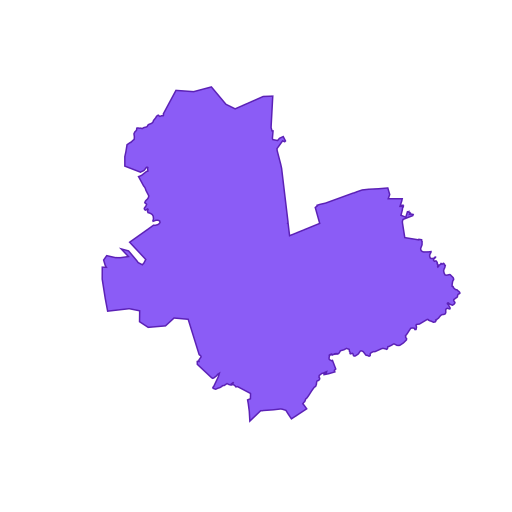 Chicomuselo, Chiapas, Mexico, rotated 45°
{"feature_id": "50627088B18917437048636", "entity_name": "Chicomuselo", "entity_type": "district", "adm_level": 2, "iso_a3": "MEX", "parent_name": "Mexico", "parent_adm1": "Chiapas", "projection": "robinson", "projection_center": [-92.321, 15.794], "detail": "fine", "context": "isolated", "style": "filled", "palette": "violet", "viewbox_px": 512, "rotation_deg": 45, "n_neighbors": 0, "source": "geoboundaries", "source_scale": "gbopen_adm2", "svg_char_len": 6132}
<svg xmlns="http://www.w3.org/2000/svg" viewBox="0 0 512 512"><g transform="rotate(45 256 256)"><path d="M430.3,156.6L430.5,156.2L430.0,155.5L426.4,154.4L425.3,154.5L424.8,154.2L424.7,153.9L424.8,153.5L425.0,153.2L427.2,153.0L429.7,151.9L430.1,150.2L429.9,148.7L429.4,148.1L428.5,148.1L427.1,147.6L426.6,146.8L426.9,146.1L426.9,144.7L427.2,144.0L427.3,143.3L427.3,142.5L426.5,141.4L426.0,140.3L426.1,139.6L426.5,138.8L426.5,138.2L425.8,137.7L424.4,137.6L423.7,137.8L422.0,137.8L420.9,138.6L420.2,138.7L418.2,138.8L417.1,138.3L416.8,138.3L416.6,138.6L416.0,138.7L414.8,137.4L413.2,135.2L412.6,134.0L412.5,133.0L411.5,132.2L410.7,131.9L406.6,131.9L406.1,132.1L404.4,134.8L403.1,135.7L401.2,135.1L399.1,133.8L398.0,131.8L397.8,130.9L396.5,128.8L395.8,129.1L395.3,128.9L395.1,128.6L394.0,128.5L393.6,128.7L393.5,129.9L393.2,130.2L393.0,130.4L392.3,130.3L392.1,130.4L392.4,131.6L391.8,133.5L392.0,134.0L392.5,134.3L392.4,135.2L391.6,134.8L391.1,133.7L390.4,133.3L389.8,133.5L388.8,132.5L388.1,132.3L387.0,132.1L386.6,132.3L385.9,133.6L384.3,133.4L383.9,132.4L383.9,130.0L383.7,129.8L383.4,130.1L383.4,131.3L383.2,132.2L381.9,133.6L381.4,134.0L380.7,134.2L379.7,133.8L378.9,133.3L378.0,132.4L377.0,129.5L376.6,129.1L375.2,131.0L371.6,134.7L370.2,135.3L369.1,135.4L368.0,135.0L367.0,134.1L365.5,130.7L363.1,128.2L362.4,128.2L361.6,127.4L359.4,129.0L359.7,129.5L348.2,137.8L336.1,129.0L335.1,128.1L334.1,126.2L338.3,116.6L337.8,115.5L335.8,116.8L335.1,117.8L335.0,117.4L335.3,117.2L334.8,116.5L333.7,116.9L333.6,116.6L332.8,116.9L332.7,116.8L332.7,117.0L331.8,117.6L334.5,122.7L329.7,124.7L327.0,120.1L325.0,117.5L325.4,117.1L324.9,116.5L324.6,116.9L324.0,116.2L322.9,117.5L323.6,118.2L322.7,119.1L320.2,114.1L318.9,112.1L309.0,122.0L307.1,118.0L301.1,114.7L295.1,121.8L288.5,129.1L284.4,134.2L281.6,139.9L281.6,140.3L281.1,141.0L281.0,141.6L280.1,143.0L267.8,169.4L264.7,174.3L263.3,177.0L263.9,177.5L263.6,179.8L278.0,187.9L265.4,217.9L255.2,209.9L255.1,210.1L254.8,209.5L212.1,175.9L208.5,173.6L196.4,166.5L194.9,165.2L193.4,155.8L195.5,154.9L195.5,153.8L190.8,152.3L189.4,156.1L189.6,159.1L185.6,161.8L184.4,161.2L179.6,155.5L178.8,156.2L175.8,154.5L154.8,131.1L148.3,138.1L137.2,166.7L127.5,170.0L104.9,168.0L95.7,183.9L82.3,195.5L90.0,221.1L90.9,221.6L91.2,222.5L90.1,223.5L89.4,225.2L88.5,225.5L87.5,225.4L87.0,226.2L86.9,227.8L87.3,228.8L87.7,232.7L88.3,233.6L88.5,235.0L88.2,236.5L87.2,238.6L87.0,239.7L87.5,241.4L87.3,242.2L85.9,244.5L85.4,246.4L84.1,247.1L83.2,248.1L81.9,249.0L81.3,249.9L82.6,251.6L82.6,254.0L83.3,255.9L85.8,257.8L87.4,259.7L87.2,261.5L87.2,264.2L86.9,264.3L86.1,268.5L90.3,274.3L93.0,278.5L99.7,285.2L115.1,278.4L115.1,278.1L116.1,275.4L116.3,274.3L115.8,270.8L116.2,270.2L116.9,269.9L117.6,270.9L119.5,272.4L118.8,273.7L118.1,279.7L117.4,281.7L116.8,282.9L126.9,285.9L128.7,286.1L130.0,286.5L131.7,287.4L137.7,289.3L138.6,290.8L139.0,292.7L138.9,293.6L139.0,295.4L139.7,297.0L141.9,296.7L142.2,296.9L142.8,298.4L143.2,301.0L143.4,301.4L144.0,301.8L144.7,301.9L145.3,301.8L145.6,301.5L146.0,299.4L146.3,299.3L146.8,299.4L147.0,300.1L147.7,301.1L149.0,301.7L150.5,300.8L152.4,300.2L153.5,300.1L155.1,300.5L156.5,301.6L157.4,302.4L158.1,303.9L158.7,304.2L160.0,301.4L161.3,300.1L163.0,299.3L164.4,300.1L164.7,301.4L164.4,303.2L163.0,305.7L161.8,306.6L156.9,335.6L180.5,336.4L181.7,340.2L181.8,342.6L177.3,344.0L174.9,343.6L162.3,342.5L155.7,346.3L166.2,346.6L161.2,353.2L157.7,356.6L150.2,361.3L151.1,366.6L155.9,369.2L158.2,369.8L155.2,372.6L163.6,381.1L179.4,392.6L190.1,399.9L203.6,382.9L212.5,377.0L220.1,384.8L230.2,382.7L241.4,369.4L241.9,357.8L252.8,348.7L285.5,365.9L286.3,365.9L286.8,365.6L288.0,365.8L288.5,366.1L289.2,369.9L289.6,370.5L290.2,370.7L290.3,371.0L289.5,371.2L289.3,371.4L289.0,372.1L291.1,374.1L310.1,373.5L311.5,373.3L311.9,373.1L312.4,372.0L312.8,368.9L312.6,366.5L313.0,364.8L314.8,368.1L318.4,378.3L318.3,378.8L318.7,379.8L320.0,379.6L321.7,378.7L322.5,376.5L323.5,374.6L324.1,372.3L323.9,371.5L325.1,370.0L325.7,366.7L327.6,366.1L329.0,365.3L329.1,364.9L329.0,364.0L329.4,361.1L330.2,363.9L330.6,363.2L331.5,362.8L333.3,362.6L334.3,362.8L335.3,361.4L349.2,357.1L349.5,357.2L353.0,360.9L351.8,363.7L354.7,365.7L361.1,370.6L368.4,377.1L368.7,362.1L369.9,360.9L370.5,360.0L377.0,352.5L381.6,346.7L383.0,345.7L386.3,344.0L390.6,345.0L396.2,346.1L399.9,328.2L394.6,327.4L393.6,327.4L393.3,325.7L393.4,324.5L392.2,321.8L392.4,320.4L391.9,317.4L390.7,312.0L390.0,307.7L390.3,306.3L390.3,305.8L389.2,303.6L388.8,303.4L387.6,301.5L387.6,300.9L388.3,299.7L388.1,298.2L387.4,297.3L386.4,297.3L385.2,295.8L385.6,292.4L386.3,291.4L387.7,287.8L388.5,289.2L387.3,291.2L388.0,291.8L390.6,287.9L393.7,282.2L392.2,281.4L392.3,279.5L384.0,275.8L383.9,277.1L383.8,276.7L383.3,276.6L381.8,277.2L380.6,277.2L379.7,276.4L378.8,275.0L378.0,274.4L378.6,273.4L378.1,273.2L378.8,271.9L379.3,272.2L379.5,271.8L380.0,272.0L380.6,270.4L381.1,269.9L380.8,269.7L381.4,269.2L381.1,269.1L381.6,268.5L382.0,268.7L382.6,268.1L382.1,267.9L383.4,266.8L383.3,265.5L382.7,263.3L384.5,260.1L385.3,257.4L387.9,256.1L389.8,257.5L390.5,257.5L391.1,257.9L391.5,258.5L392.1,258.3L392.9,256.7L393.5,256.6L394.3,256.9L395.3,257.5L396.0,257.4L396.5,257.0L396.9,256.4L397.4,254.1L397.6,252.8L397.0,249.8L397.1,249.2L397.6,248.5L399.4,247.8L403.8,248.4L404.5,248.0L405.1,247.5L406.6,247.0L407.1,246.4L407.1,245.6L405.9,244.4L405.8,243.5L405.9,242.6L406.6,240.6L407.5,239.8L407.9,239.2L410.3,232.8L411.1,231.5L413.6,229.9L414.4,229.6L414.5,229.0L414.2,228.0L413.4,227.1L413.4,226.7L414.0,226.0L415.0,223.0L415.4,221.1L415.7,220.6L416.3,220.3L418.9,219.5L420.5,218.0L420.9,217.2L421.7,213.2L421.7,208.9L420.9,207.9L419.4,207.8L418.6,206.9L418.1,206.7L418.0,205.0L416.5,197.7L417.4,196.4L418.9,195.2L420.5,195.6L421.1,194.8L419.8,192.8L418.0,191.7L417.9,190.9L419.7,188.5L421.9,179.8L422.4,179.3L422.9,179.1L423.2,179.4L424.5,179.0L426.2,178.1L428.3,177.4L429.3,175.9L429.3,175.3L428.8,174.3L428.4,174.1L428.8,173.5L428.7,172.6L429.0,170.9L428.7,168.6L428.7,167.0L428.9,166.1L430.2,164.4L430.7,163.0L430.1,161.7L428.1,159.8L427.9,158.7L428.1,157.9L428.2,157.7L430.3,156.6Z" fill="#8b5cf6" stroke="#5b21b6" stroke-width="1.5"/></g></svg>